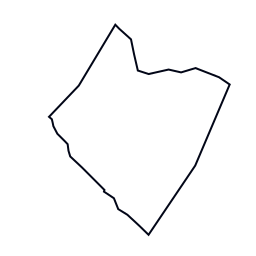 outline of Roblot, Choiseul, Saint Lucia, rotated 294°
{"feature_id": "8701671B17506768267168", "entity_name": "Roblot", "entity_type": "district", "adm_level": 2, "iso_a3": "LCA", "parent_name": "Saint Lucia", "parent_adm1": "Choiseul", "projection": "mercator", "projection_center": [-61.023, 13.804], "detail": "fine", "context": "isolated", "style": "outline", "palette": "ink", "viewbox_px": 256, "rotation_deg": 294, "n_neighbors": 0, "source": "geoboundaries", "source_scale": "gbopen_adm2", "svg_char_len": 562}
<svg xmlns="http://www.w3.org/2000/svg" viewBox="0 0 256 256"><g transform="rotate(294 128 128)"><path d="M217.2,74.4L146.7,65.8L106.1,51.3L105.0,54.9L102.1,57.1L99.3,59.1L95.9,63.4L94.0,65.8L90.1,76.0L88.7,79.4L88.1,79.8L83.0,82.9L80.9,84.7L78.5,86.8L73.2,102.1L61.8,131.7L60.7,131.8L60.1,131.9L58.1,143.7L49.9,152.1L48.5,162.7L43.3,178.0L38.8,190.2L39.4,190.3L121.0,204.7L209.1,203.2L211.4,190.5L210.2,165.3L200.4,153.9L197.9,141.3L185.7,124.9L184.5,113.6L197.9,103.5L210.2,94.7L215.1,79.6L217.2,74.4Z" fill="none" stroke="#020617" stroke-width="2"/></g></svg>